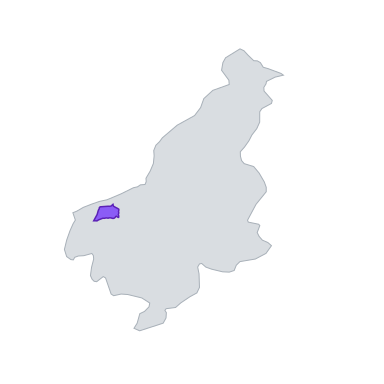 Slovenia, with Bled highlighted, rotated 327°
{"feature_id": "SVN-1008", "entity_name": "Bled", "entity_type": "Municipality", "adm_level": 1, "iso_a3": "SVN", "parent_name": "Slovenia", "parent_adm1": "", "projection": "albers", "projection_center": [14.045, 46.372], "detail": "fine", "context": "in_parent", "style": "filled", "palette": "violet", "viewbox_px": 384, "rotation_deg": 327, "n_neighbors": 0, "source": "natural_earth", "source_scale": "10m", "svg_char_len": 2290}
<svg xmlns="http://www.w3.org/2000/svg" viewBox="0 0 384 384"><g transform="rotate(327 192 192)"><path d="M332.3,143.8L324.2,140.9L314.7,139.8L313.0,141.6L309.2,143.4L307.4,146.6L309.2,158.9L306.9,161.0L296.1,160.1L292.5,161.6L286.8,170.3L280.9,174.1L273.3,176.8L267.7,180.0L260.5,182.9L254.4,184.6L252.1,188.4L250.7,192.6L251.2,196.6L257.6,204.3L258.6,212.7L258.1,223.0L256.8,228.5L254.4,232.2L239.0,237.2L223.2,245.9L222.8,247.9L230.3,255.3L230.6,257.1L224.6,261.5L224.1,265.8L224.8,270.7L228.1,275.7L229.4,280.3L220.6,283.8L208.6,282.7L194.3,276.5L189.3,277.5L184.6,280.8L179.6,279.5L174.2,275.6L166.5,267.5L162.7,262.5L161.2,257.2L159.1,256.4L155.9,258.0L153.3,264.5L146.3,276.1L141.1,279.3L133.2,278.7L122.1,278.9L115.3,279.9L106.8,275.8L104.8,276.5L104.8,279.2L101.6,283.5L96.4,286.3L72.5,279.9L69.1,274.7L74.5,272.2L82.0,265.6L87.1,266.3L93.4,264.9L96.1,262.1L92.2,253.5L82.3,243.0L77.0,239.0L69.8,236.3L68.6,233.5L72.7,217.0L71.5,214.6L63.2,215.3L61.3,213.6L60.7,210.7L61.3,206.8L66.8,200.4L73.0,194.7L74.7,191.5L74.5,189.0L66.6,186.5L61.9,183.8L58.1,182.9L55.5,184.3L53.6,182.7L51.7,177.9L53.7,170.7L60.8,164.0L68.5,158.1L75.1,153.8L78.9,152.0L80.8,144.5L84.7,145.3L92.5,145.7L101.2,147.5L109.3,149.5L116.4,152.2L131.4,154.9L145.1,156.5L149.2,158.0L152.6,157.9L156.7,160.1L159.2,158.4L160.9,155.4L168.3,151.7L175.1,147.1L179.9,141.1L182.5,136.4L187.2,133.1L192.2,132.1L196.7,130.4L216.0,127.9L235.8,129.3L245.2,125.9L252.8,120.1L264.2,118.2L264.8,118.1L281.8,122.1L283.1,119.6L283.8,118.4L283.1,106.0L288.4,100.3L293.3,97.7L310.2,98.1L312.5,101.8L313.5,107.7L315.3,115.5L318.2,117.6L319.8,120.7L319.7,126.2L323.1,130.1L331.2,141.0L332.3,143.8Z" fill="#d9dde1" stroke="#a8b0b8" stroke-width="1"/><path d="M96.7,164.5L93.9,162.6L100.2,159.2L102.8,156.9L104.0,156.0L105.1,155.5L105.7,154.7L106.9,154.4L114.0,158.3L114.9,159.0L116.2,159.6L116.6,159.7L119.0,159.3L118.4,161.1L119.8,163.8L120.3,164.6L120.9,165.8L121.2,166.4L121.0,167.1L119.7,168.4L119.4,169.3L119.1,169.8L117.9,170.8L117.5,172.3L116.6,173.3L116.2,173.1L115.7,171.8L115.3,171.1L114.7,171.0L114.2,171.3L113.4,171.5L112.7,171.6L111.4,171.2L110.6,170.4L110.1,169.8L109.5,169.2L108.4,168.5L107.4,168.3L106.0,167.0L104.3,166.4L102.8,165.4L98.5,164.5L96.7,164.5Z" fill="#8b5cf6" stroke="#5b21b6" stroke-width="1.5"/></g></svg>